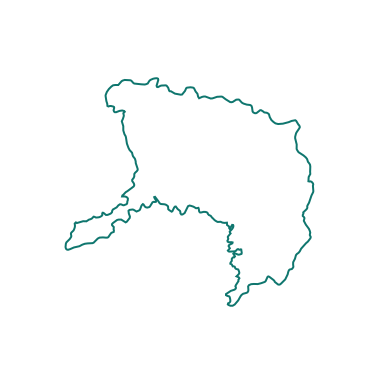 the district of Lago De Atitlan, Sololá, Guatemala, rotated 33°
{"feature_id": "79465075B18487207511943", "entity_name": "Lago De Atitlan", "entity_type": "district", "adm_level": 2, "iso_a3": "GTM", "parent_name": "Guatemala", "parent_adm1": "Sololá", "projection": "robinson", "projection_center": [-91.2, 14.679], "detail": "fine", "context": "isolated", "style": "outline", "palette": "teal", "viewbox_px": 384, "rotation_deg": 33, "n_neighbors": 0, "source": "geoboundaries", "source_scale": "gbopen_adm2", "svg_char_len": 6065}
<svg xmlns="http://www.w3.org/2000/svg" viewBox="0 0 384 384"><g transform="rotate(33 192 192)"><path d="M244.7,77.6L240.6,75.6L239.5,75.6L236.8,78.2L235.1,80.7L231.0,85.2L227.2,88.1L224.6,89.0L222.2,88.9L219.4,88.4L216.5,86.9L214.2,84.9L213.2,84.7L211.6,84.8L209.3,85.9L207.4,85.7L205.3,85.8L204.6,86.3L203.2,90.4L202.7,91.1L201.7,91.7L200.1,91.9L199.0,91.5L196.4,88.5L195.2,87.5L194.2,87.3L193.3,87.4L190.3,88.9L187.0,89.8L185.1,89.9L181.4,88.9L180.5,89.2L178.8,90.5L177.1,94.3L176.2,95.2L175.0,95.8L169.8,95.9L165.7,95.6L164.6,96.0L161.2,98.5L158.2,102.3L156.8,103.4L151.1,104.7L150.0,105.4L148.7,106.7L146.9,109.5L145.2,108.7L143.0,106.6L140.4,105.8L137.2,103.9L136.0,103.9L133.7,105.0L131.0,107.2L130.6,108.2L131.1,111.0L130.6,115.6L129.6,116.5L124.1,118.8L119.5,119.0L118.5,119.6L117.7,119.5L115.2,117.5L112.9,116.7L112.0,116.8L108.6,119.2L107.8,120.0L106.3,122.6L105.3,122.9L104.4,122.1L102.7,116.4L101.8,115.5L100.6,115.7L99.1,116.8L97.7,118.2L96.3,120.3L95.8,121.5L95.7,122.7L95.8,125.1L94.7,126.7L93.8,127.6L91.0,129.2L84.5,132.5L83.4,132.5L80.5,131.7L79.4,131.9L74.5,134.7L73.1,136.4L72.6,137.5L71.9,142.4L69.3,144.1L67.7,145.5L66.9,147.6L66.2,150.9L66.1,154.5L66.7,157.4L67.0,158.2L67.8,159.2L70.7,162.4L72.9,164.2L74.2,165.9L75.3,165.8L76.3,164.6L77.2,164.0L79.5,163.2L80.3,163.2L80.9,163.8L81.7,166.1L82.8,167.0L83.8,167.1L84.9,166.4L87.0,163.5L89.0,161.7L91.0,161.0L91.9,161.3L91.5,163.3L93.1,164.9L93.5,165.7L94.2,168.2L94.6,170.9L98.5,174.2L100.8,177.7L101.7,178.5L104.0,180.4L105.7,181.2L106.7,182.0L111.1,186.9L114.7,189.6L116.8,190.8L120.3,191.7L122.1,193.4L123.2,194.2L125.8,195.1L126.4,195.5L128.0,196.9L129.1,198.4L133.7,202.1L134.4,203.0L134.4,204.5L133.8,206.9L133.8,208.3L135.1,210.4L135.4,211.9L135.2,214.3L135.8,215.3L138.6,216.5L139.8,217.6L140.1,219.0L137.4,226.4L136.5,228.3L135.9,231.7L135.5,232.8L135.8,233.8L138.0,232.4L139.1,232.0L140.4,231.9L141.7,232.3L142.6,233.8L142.9,235.1L143.7,236.6L143.8,237.8L142.0,240.3L141.1,240.7L139.5,240.9L138.3,241.5L137.5,243.3L137.2,245.9L135.2,249.8L135.3,251.2L135.9,252.5L135.8,253.5L135.5,254.5L134.1,256.6L133.4,257.4L132.3,258.1L129.1,257.7L128.3,258.1L128.5,259.1L129.3,260.1L129.3,261.2L128.6,262.7L127.8,263.8L126.0,265.3L125.1,265.8L123.8,265.9L122.9,266.3L122.5,268.7L121.7,270.1L120.7,271.2L119.4,274.1L116.6,275.8L112.3,280.8L111.2,280.7L110.8,282.3L112.4,284.3L113.0,285.7L113.4,287.3L113.6,288.8L112.9,291.9L113.2,293.0L114.8,294.7L115.1,295.6L115.1,297.9L114.1,302.7L114.4,304.1L115.9,307.0L116.7,307.8L117.5,308.3L118.5,308.4L119.5,308.0L120.9,306.3L123.2,302.8L127.1,298.8L128.7,295.9L130.3,293.8L132.4,292.0L136.4,289.1L137.1,288.1L138.3,282.4L139.3,280.6L142.0,278.6L144.8,277.1L145.9,276.3L146.4,275.5L146.5,270.8L146.8,269.9L148.1,268.1L147.4,266.7L146.6,266.0L145.5,264.0L143.1,263.4L142.4,262.6L142.6,261.1L144.4,256.3L145.5,255.1L147.6,253.7L152.9,253.6L153.5,252.4L153.9,247.6L153.2,246.3L150.8,244.5L149.0,242.4L149.3,241.1L151.6,239.1L152.6,238.7L156.1,238.6L157.6,236.4L158.0,235.2L157.1,231.1L157.1,230.2L157.4,228.9L158.2,228.9L160.2,229.8L161.3,230.0L162.9,229.5L164.3,228.0L164.6,227.2L164.5,222.1L165.2,221.1L166.4,220.6L167.1,219.8L166.7,218.8L164.1,217.6L163.1,216.9L163.6,216.2L168.6,218.0L171.1,219.1L172.5,219.0L175.4,217.4L176.8,216.9L178.6,216.9L179.7,217.1L181.5,219.4L182.7,219.6L185.6,219.6L186.0,218.9L185.5,214.7L185.7,213.5L186.3,213.0L189.2,214.1L192.2,214.4L193.2,215.2L193.9,216.2L195.3,216.7L196.3,216.0L197.3,213.7L196.4,206.1L197.3,204.7L198.6,204.2L201.3,203.5L204.3,203.4L206.0,201.8L206.8,202.4L208.4,204.2L209.0,204.6L209.8,204.8L210.6,204.4L212.6,202.3L214.3,201.3L215.4,201.0L216.3,201.0L217.3,201.7L218.6,202.1L220.7,201.8L222.9,202.6L223.9,202.7L225.0,203.0L226.6,203.3L228.7,203.3L229.9,203.1L232.2,201.4L234.2,201.1L236.1,200.2L238.0,198.7L239.4,200.6L241.6,200.7L242.3,201.1L242.8,202.0L243.7,202.4L243.6,197.7L244.5,197.3L245.1,197.8L245.6,198.7L245.8,199.9L245.8,201.3L245.2,204.7L245.8,205.3L246.9,205.7L246.4,209.9L246.9,210.7L247.7,211.2L248.2,212.4L248.2,213.5L248.9,214.2L250.0,214.2L252.8,212.4L253.5,212.2L253.8,213.1L252.3,215.6L252.0,216.4L252.1,217.4L254.4,218.6L254.0,221.6L255.0,221.9L255.9,221.6L260.0,218.6L260.8,217.6L261.1,215.7L261.7,214.8L262.5,214.8L263.4,214.5L263.9,213.7L264.6,213.4L266.9,216.0L267.2,217.0L265.8,218.7L264.9,219.4L260.7,220.2L260.3,221.3L263.1,222.6L263.0,223.8L262.2,224.2L261.8,225.4L261.8,226.4L262.9,228.1L262.8,230.3L263.2,231.3L264.8,231.1L266.7,232.2L267.3,231.7L268.5,231.4L269.9,232.4L270.9,232.5L273.0,231.8L274.7,233.0L275.6,233.9L275.9,234.6L275.9,235.9L275.3,238.5L277.6,238.1L278.7,238.5L278.8,240.6L279.5,241.4L279.5,246.1L279.7,247.4L280.7,248.0L281.3,249.1L280.9,250.7L278.4,253.8L276.1,259.1L276.7,260.0L278.1,259.9L280.1,259.3L281.0,259.7L282.5,261.2L283.6,262.6L283.8,263.5L283.6,264.7L282.9,265.7L283.3,266.8L284.5,266.8L286.1,266.5L288.0,265.3L289.1,263.1L289.8,257.8L289.5,253.0L289.6,251.4L290.3,249.5L292.3,247.3L293.2,246.0L293.1,244.4L292.6,243.4L290.5,240.6L290.5,239.1L291.8,237.1L294.0,235.4L297.3,233.4L299.6,230.9L302.0,227.8L302.3,226.6L301.6,222.1L301.9,221.3L303.0,221.0L308.3,221.4L309.5,221.7L310.4,222.3L314.5,222.7L315.5,222.3L316.2,221.5L316.6,220.2L317.8,214.5L317.1,209.0L316.3,206.8L315.9,205.0L316.1,203.9L317.7,202.2L317.9,200.7L317.8,199.6L316.2,197.6L315.1,195.8L314.7,191.9L313.6,188.4L313.7,187.0L314.5,184.9L314.7,183.0L314.4,180.1L315.5,172.9L316.2,170.5L316.5,166.4L316.1,165.1L314.2,163.9L313.3,161.7L312.0,160.5L310.1,159.2L305.3,157.4L301.5,155.3L300.5,152.6L299.4,152.0L298.0,151.8L297.4,150.9L297.2,149.4L296.4,148.5L297.3,144.8L297.5,143.4L297.3,142.4L296.4,141.2L296.2,140.4L296.0,137.3L294.1,129.8L293.7,126.2L293.3,125.2L290.0,120.9L289.6,119.7L288.8,118.9L286.7,118.3L285.5,118.6L284.9,119.2L283.8,119.6L281.7,115.9L281.4,112.5L280.1,110.8L277.4,106.3L276.2,104.9L274.9,104.2L272.8,103.5L270.6,101.7L268.6,101.0L265.6,100.6L259.7,100.6L257.6,99.7L256.3,98.9L253.9,95.1L249.2,90.7L248.4,89.4L247.3,86.1L247.2,84.7L247.3,80.2L247.1,78.9L246.5,78.3L245.5,77.7L244.7,77.6Z" fill="none" stroke="#0f766e" stroke-width="2"/></g></svg>